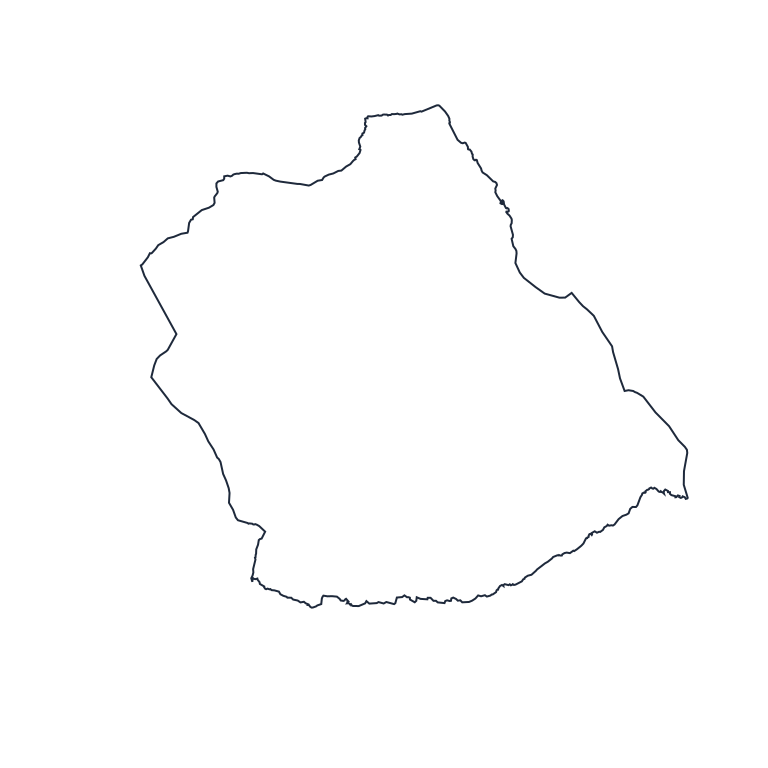 Oppegård nor, Akershus, Norway, rotated 237°
{"feature_id": "86288312B19466548216946", "entity_name": "Oppegård nor", "entity_type": "district", "adm_level": 2, "iso_a3": "NOR", "parent_name": "Norway", "parent_adm1": "Akershus", "projection": "robinson", "projection_center": [10.813, 59.794], "detail": "fine", "context": "isolated", "style": "outline", "palette": "slate", "viewbox_px": 768, "rotation_deg": 237, "n_neighbors": 0, "source": "geoboundaries", "source_scale": "gbopen_adm2", "svg_char_len": 6166}
<svg xmlns="http://www.w3.org/2000/svg" viewBox="0 0 768 768"><g transform="rotate(237 384 384)"><path d="M489.4,587.2L491.3,587.7L492.9,587.3L494.5,585.9L503.1,584.0L507.7,581.9L509.9,582.1L511.9,582.8L518.4,582.9L521.2,583.8L522.0,583.3L522.0,582.2L522.3,581.8L523.9,581.4L526.5,582.2L528.2,583.4L529.2,583.2L531.3,583.9L533.9,583.6L534.8,582.5L535.3,582.4L537.2,583.5L541.7,583.8L542.5,583.2L543.0,581.2L544.3,580.0L548.7,578.7L566.7,580.6L567.2,580.8L567.2,581.5L567.7,581.9L569.4,582.3L570.8,583.3L573.8,583.8L579.3,583.6L587.3,582.0L588.3,581.2L589.0,579.8L592.0,563.8L593.0,563.0L595.6,554.6L599.0,548.5L599.9,546.0L600.7,545.6L601.7,543.8L603.6,542.4L603.6,541.8L604.7,539.6L606.1,537.6L606.0,536.1L607.0,534.5L607.0,533.6L608.3,533.2L610.1,530.6L610.5,529.7L610.4,528.2L611.7,526.0L612.6,525.6L613.8,522.1L615.2,519.2L617.2,516.5L616.8,515.4L615.8,514.9L616.6,513.7L616.8,512.7L614.0,511.4L613.5,511.0L613.3,510.2L611.7,509.2L609.8,509.6L609.0,507.5L607.9,507.1L607.2,505.7L605.7,504.2L605.8,502.3L604.4,501.4L604.6,500.8L603.8,499.1L603.6,497.5L602.0,495.5L600.2,494.5L596.0,493.4L594.4,491.2L593.9,491.7L593.1,491.8L591.0,489.3L589.6,485.1L589.6,483.2L588.0,482.6L588.2,481.2L587.9,479.4L586.7,475.5L587.0,470.7L586.2,464.5L587.6,461.7L588.2,456.1L589.7,451.7L590.3,447.2L590.1,445.9L588.8,443.2L590.6,439.1L590.9,430.9L591.4,429.0L597.5,422.5L599.0,420.3L610.2,407.3L613.5,404.0L615.3,402.7L620.7,400.7L626.4,397.3L626.2,396.3L626.5,395.7L632.3,389.0L634.3,385.6L635.8,384.1L638.9,378.8L639.5,376.6L640.6,375.1L641.5,372.7L641.7,371.5L641.4,370.1L641.7,368.3L643.9,366.3L645.2,363.1L643.2,361.8L642.5,360.2L644.2,355.2L643.5,352.7L640.6,350.8L635.8,349.3L634.9,348.2L633.5,344.1L632.8,343.1L628.2,340.6L627.0,338.4L627.2,333.2L629.1,325.9L628.0,314.8L626.3,313.3L626.9,311.6L625.2,308.3L618.8,302.8L617.9,301.6L620.4,295.8L621.9,287.9L623.9,282.0L623.1,276.4L623.4,270.3L621.8,266.4L620.3,260.7L620.4,259.7L621.2,258.9L618.9,255.0L615.9,246.4L615.9,244.6L605.2,242.0L538.9,237.1L530.4,221.2L530.0,219.1L529.9,211.8L528.8,207.0L524.7,201.4L516.4,192.5L489.8,194.6L482.8,194.8L470.0,198.2L457.2,205.2L452.2,207.2L450.8,207.1L439.6,206.6L431.6,205.4L421.9,205.4L413.2,204.0L411.1,204.6L407.6,204.4L396.2,200.1L389.1,199.0L381.2,197.0L376.7,195.1L368.8,189.3L360.7,188.9L352.8,187.0L349.3,187.3L341.6,194.0L340.7,194.2L340.4,195.2L338.6,197.4L337.5,197.8L336.9,198.5L336.6,199.7L335.1,200.8L332.7,202.0L324.9,203.9L321.0,197.2L321.5,195.6L321.3,194.0L317.8,190.8L314.9,186.8L311.2,184.2L310.8,183.5L308.6,181.8L308.6,181.2L306.8,180.6L300.0,173.4L297.1,171.8L294.9,169.4L293.4,166.9L289.8,165.8L292.9,168.3L291.4,168.8L290.3,170.0L289.8,171.8L288.7,171.4L285.6,171.7L283.9,171.0L279.4,173.3L278.9,172.8L277.1,172.8L276.1,173.4L275.8,174.9L274.1,176.2L273.9,177.0L272.4,177.4L270.6,179.7L267.1,182.8L264.1,182.6L261.2,184.2L258.6,186.4L257.4,186.6L255.3,189.8L252.7,190.4L249.4,193.7L246.3,195.0L245.0,198.2L242.7,198.9L240.6,200.4L240.2,199.7L239.4,200.7L237.3,200.8L235.9,201.5L235.3,202.6L234.5,205.8L234.6,207.5L233.6,211.5L237.9,215.0L238.9,216.4L239.5,217.9L236.7,221.0L234.4,224.8L231.3,228.7L227.9,229.8L226.0,229.8L224.2,231.8L224.0,233.0L224.5,234.1L224.5,235.2L221.0,235.7L221.0,234.4L220.3,234.4L220.1,233.7L219.5,234.8L218.5,235.4L217.6,235.4L217.4,236.3L216.2,235.9L215.9,236.5L214.8,237.0L211.5,241.9L210.3,248.7L211.5,251.0L207.8,252.1L204.2,258.6L204.1,260.6L200.1,264.2L199.9,267.2L193.9,272.6L194.0,274.1L197.9,278.5L195.4,283.2L195.6,286.0L192.6,287.2L191.9,288.4L190.7,289.3L189.1,288.4L184.2,290.9L184.6,293.0L187.3,295.3L183.9,297.6L179.8,303.1L180.9,304.2L179.3,306.6L175.2,307.4L173.9,309.5L171.6,310.1L167.3,315.4L168.6,317.2L168.2,319.1L166.2,320.9L165.7,322.1L167.5,323.7L167.2,325.7L164.4,327.4L162.1,327.9L161.0,330.2L158.3,330.7L154.9,336.6L154.3,339.9L154.3,343.8L155.4,347.8L153.1,349.8L151.9,353.6L149.7,354.5L148.6,358.0L148.8,359.6L148.3,360.5L148.4,364.6L149.6,366.0L149.8,367.1L149.4,367.7L150.3,368.6L151.4,371.3L151.2,373.5L149.6,374.1L150.3,374.4L150.4,376.2L147.5,378.9L147.5,380.4L146.1,380.7L145.8,381.8L146.0,383.0L144.7,383.5L144.1,385.1L143.4,392.1L144.4,394.4L144.1,395.7L144.9,396.6L144.9,400.2L143.7,403.8L144.6,409.7L145.1,411.3L145.9,421.3L145.7,424.5L146.2,429.8L146.8,431.6L145.9,436.2L145.2,437.0L145.3,437.6L144.3,438.2L143.3,439.7L144.0,440.8L143.9,443.3L143.1,445.4L140.9,447.8L141.1,452.0L140.3,452.5L140.3,455.7L140.9,461.4L141.6,464.4L144.5,469.3L144.1,470.4L144.5,470.7L144.3,472.3L145.5,473.2L146.2,474.6L145.7,475.8L144.2,476.0L144.5,476.6L145.9,477.0L145.7,480.5L143.3,481.6L142.9,484.0L142.2,484.7L142.4,488.2L143.8,490.7L143.6,493.5L144.2,494.9L142.6,495.6L141.6,497.9L140.6,498.9L140.6,500.8L142.9,507.2L143.4,512.1L142.4,516.1L142.3,518.7L145.2,522.5L145.6,525.4L143.6,528.3L144.2,530.4L149.4,537.4L150.6,540.1L151.5,541.0L151.4,542.8L150.6,543.5L150.6,544.3L151.6,544.7L151.9,547.1L151.5,548.0L151.5,549.1L151.9,549.6L151.7,551.6L150.1,552.2L149.5,552.9L149.7,554.2L147.6,555.3L144.2,555.8L143.2,556.6L143.4,557.7L142.3,557.8L141.6,558.6L139.6,559.1L140.6,559.4L141.8,560.6L142.3,562.4L139.6,563.9L138.6,563.3L137.5,564.9L136.2,564.0L134.3,564.5L131.3,567.2L130.3,566.7L129.9,567.6L130.5,569.8L129.1,570.9L128.3,570.0L126.8,570.9L126.6,572.5L127.1,573.3L125.2,574.6L123.3,574.5L122.8,576.1L123.1,576.7L136.2,580.5L147.5,588.1L161.0,600.8L163.8,602.2L167.4,602.1L176.6,600.2L193.4,600.1L212.3,596.2L232.2,594.6L238.8,591.4L240.5,590.1L242.4,589.2L245.6,585.7L247.1,582.0L260.2,585.0L269.0,588.4L286.0,593.5L291.4,595.8L308.8,595.4L326.9,597.1L336.1,594.9L340.8,593.3L346.4,592.3L358.2,591.0L357.8,583.0L360.8,578.2L372.3,568.0L382.7,563.9L396.8,559.1L403.5,558.6L413.9,560.1L421.3,566.3L423.5,567.5L425.7,567.8L429.1,567.5L436.3,570.1L436.9,571.9L438.9,573.4L447.4,576.1L448.5,577.1L449.3,578.6L451.9,580.5L453.3,581.0L456.9,581.0L459.4,580.3L461.6,580.2L461.9,580.6L460.9,582.1L460.9,582.6L461.7,583.3L463.2,583.8L464.5,583.2L464.6,582.4L465.2,582.1L469.2,582.5L472.0,583.8L473.3,583.6L473.6,583.4L473.2,582.6L470.5,581.9L470.4,581.4L470.7,580.9L472.1,580.1L473.6,581.6L479.9,581.3L484.2,581.8L485.5,583.0L487.3,583.8L489.4,587.2Z" fill="none" stroke="#1e293b" stroke-width="2"/></g></svg>